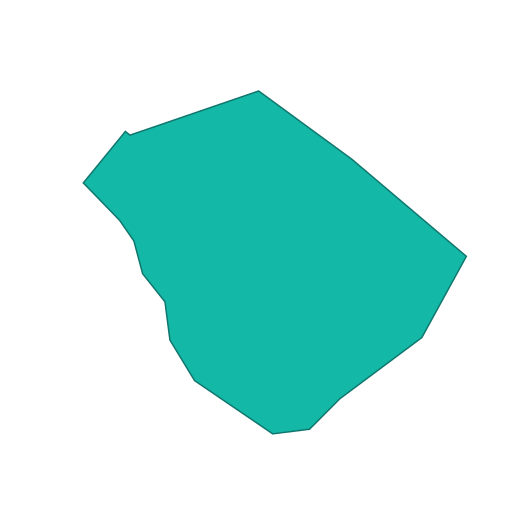 outline of Chaguanas, rotated 39°
{"feature_id": "TTO-63", "entity_name": "Chaguanas", "entity_type": "City", "adm_level": 1, "iso_a3": "TTO", "parent_name": "Trinidad and Tobago", "parent_adm1": "", "projection": "natural_earth1", "projection_center": [-61.422, 10.535], "detail": "fine", "context": "isolated", "style": "filled", "palette": "teal", "viewbox_px": 512, "rotation_deg": 39, "n_neighbors": 0, "source": "natural_earth", "source_scale": "10m", "svg_char_len": 381}
<svg xmlns="http://www.w3.org/2000/svg" viewBox="0 0 512 512"><g transform="rotate(39 256 256)"><path d="M75.8,307.9L76.1,241.4L82.0,241.4L154.2,126.1L269.4,120.5L419.7,123.9L436.2,215.0L411.0,314.1L406.6,356.9L380.9,383.7L286.7,391.5L242.0,375.5L214.1,348.9L179.0,341.1L151.7,321.2L127.5,314.1L76.1,307.9L75.8,307.9Z" fill="#14b8a6" stroke="#0f766e" stroke-width="1.5"/></g></svg>